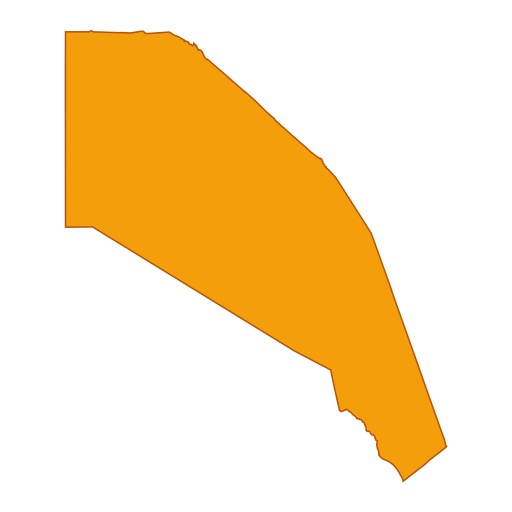 outline of North Horr, Eastern, Kenya
{"feature_id": "3690345B4448118045148", "entity_name": "North Horr", "entity_type": "district", "adm_level": 2, "iso_a3": "KEN", "parent_name": "Kenya", "parent_adm1": "Eastern", "projection": "equal_earth", "projection_center": [38.048, 3.18], "detail": "fine", "context": "isolated", "style": "filled", "palette": "amber", "viewbox_px": 512, "rotation_deg": 0, "n_neighbors": 0, "source": "geoboundaries", "source_scale": "gbopen_adm2", "svg_char_len": 5521}
<svg xmlns="http://www.w3.org/2000/svg" viewBox="0 0 512 512"><path d="M443.9,438.0L443.2,436.5L442.5,434.3L441.3,431.2L437.3,419.7L436.5,417.6L435.7,415.3L434.0,410.5L433.1,408.0L431.1,402.3L430.0,399.3L427.9,393.3L417.2,362.9L414.5,355.3L404.8,328.0L392.3,292.7L390.8,287.8L390.0,285.6L386.7,276.5L385.9,274.2L381.8,262.8L372.7,237.4L371.9,235.3L371.2,233.3L364.3,222.3L337.6,180.4L336.5,179.0L335.5,177.3L332.8,174.4L331.7,173.2L330.1,171.5L328.5,169.7L327.8,169.1L326.9,168.6L326.4,168.0L326.4,167.8L326.3,167.6L326.1,166.8L325.6,166.9L325.3,166.4L324.9,165.9L324.7,165.3L324.2,164.9L323.9,164.1L323.1,163.2L322.9,162.6L322.7,161.5L322.3,161.6L321.7,159.1L321.1,159.2L320.6,158.4L319.8,158.6L316.2,156.1L314.1,154.5L311.9,152.8L310.0,151.3L308.9,150.1L307.8,149.2L305.5,147.1L303.6,145.4L300.7,142.9L299.3,141.7L295.5,138.3L294.7,137.6L292.6,135.9L290.3,133.9L288.5,132.2L284.0,128.0L282.3,126.8L280.1,124.7L278.6,123.2L276.0,120.9L274.7,119.7L274.6,119.2L272.6,117.2L271.0,115.8L266.5,111.9L262.4,107.9L255.3,100.9L254.3,100.0L249.3,95.5L247.2,93.6L245.9,92.6L245.7,92.5L245.7,92.3L245.5,91.9L245.0,91.7L244.8,91.8L244.4,91.4L242.9,90.1L242.4,89.7L241.2,88.7L234.3,82.6L231.9,80.6L231.1,79.8L228.9,77.9L224.7,74.2L223.9,73.5L222.3,72.1L221.2,71.1L219.2,69.5L217.5,68.0L215.9,66.6L210.5,61.9L209.6,61.0L207.6,59.3L207.0,59.7L206.6,59.4L205.6,58.3L204.6,57.3L204.4,56.9L202.6,52.9L202.5,52.4L202.3,52.5L202.1,52.0L201.8,51.3L201.5,50.8L200.3,50.1L200.0,49.9L199.2,49.8L198.4,50.2L198.3,49.9L198.2,49.8L198.2,49.3L197.5,48.4L196.9,47.5L197.0,47.3L197.0,46.9L196.3,46.3L196.1,46.0L196.0,45.1L195.5,45.3L194.9,44.7L193.9,43.3L193.8,44.0L193.4,44.6L192.5,45.8L191.9,45.0L191.5,44.7L191.1,44.4L190.3,44.6L189.6,43.9L189.4,43.9L189.4,43.7L188.3,42.3L188.2,42.2L188.0,41.7L187.1,41.6L186.5,41.2L184.4,41.3L184.5,41.1L184.5,40.2L178.0,36.5L174.1,35.2L169.4,32.1L165.5,32.3L161.2,32.6L152.7,33.2L150.4,33.4L148.0,33.5L145.5,33.4L145.4,33.3L143.3,31.3L140.8,31.3L130.5,33.0L126.5,32.8L121.2,32.6L119.5,32.7L113.8,32.5L111.3,32.4L109.3,32.4L102.5,32.1L93.5,31.9L92.3,31.3L91.2,30.7L89.5,31.8L65.5,31.8L65.4,62.2L65.4,101.4L65.5,227.2L92.5,226.9L251.3,324.5L294.1,350.8L307.9,358.0L312.8,360.6L325.8,367.4L329.2,369.2L330.7,369.8L333.7,384.4L339.5,410.5L340.4,411.1L340.9,411.4L341.1,411.4L341.2,411.5L341.6,411.5L342.0,411.4L342.6,410.9L343.3,410.9L343.8,410.8L344.3,410.5L344.6,410.2L344.8,410.2L345.1,410.0L345.5,410.0L345.9,409.9L346.0,409.8L346.1,409.6L346.2,409.4L346.3,409.3L346.5,409.3L346.7,409.5L346.8,409.5L347.1,409.7L347.4,409.7L347.5,409.8L347.9,410.0L348.0,410.2L348.3,410.6L348.5,411.0L348.7,411.3L348.8,411.4L349.0,411.5L349.4,411.5L349.6,411.6L349.9,411.8L350.8,412.2L351.0,412.5L352.0,413.6L352.4,414.2L352.5,414.3L352.6,414.5L353.4,415.1L353.9,415.4L354.3,415.7L354.4,415.8L354.8,416.0L355.0,416.1L355.3,416.3L355.5,416.6L355.8,417.1L356.1,417.3L356.4,417.4L356.5,417.5L356.7,417.9L356.7,418.1L356.8,418.5L357.0,418.7L357.3,418.7L357.6,418.7L358.0,418.8L358.3,418.9L358.9,419.1L359.0,419.0L359.2,418.9L359.4,419.3L359.5,419.4L359.8,419.2L360.0,419.2L360.1,419.3L360.4,419.5L360.9,419.6L361.1,419.9L361.2,420.0L361.3,420.1L361.5,420.2L361.6,420.4L361.9,420.7L362.0,420.8L362.2,421.1L362.3,421.3L362.4,421.8L362.5,421.9L362.9,422.0L363.2,422.3L363.4,422.4L363.5,422.3L363.9,422.6L364.2,422.9L364.4,423.1L364.5,423.3L364.7,424.2L364.7,424.5L364.9,424.7L364.9,424.9L365.0,425.1L365.0,425.6L365.1,425.8L365.4,425.9L365.6,426.0L365.8,426.2L365.9,426.4L365.9,426.6L366.1,427.1L366.1,427.3L366.1,427.9L366.1,428.1L366.1,429.0L366.1,430.0L366.1,430.3L366.2,430.5L366.3,430.7L366.4,430.8L366.5,430.9L366.9,430.9L367.1,431.1L367.3,431.1L367.5,431.1L367.8,431.3L368.0,431.5L368.3,431.4L368.5,431.3L368.6,431.2L368.9,431.2L369.0,431.3L369.3,431.5L369.6,431.7L369.9,431.8L370.0,432.1L370.2,432.7L370.3,433.0L370.5,433.3L370.7,433.6L370.8,433.7L371.0,433.8L371.2,434.0L371.5,434.6L371.8,434.8L372.1,435.0L372.6,435.0L373.1,434.9L373.3,434.9L373.5,435.0L374.0,435.3L374.2,435.5L374.3,435.5L374.6,435.8L374.6,436.0L374.7,436.7L374.8,437.1L374.9,437.4L375.1,437.6L375.2,438.0L375.2,438.3L375.3,438.4L375.5,438.7L375.6,438.9L375.6,439.0L375.5,439.4L375.5,439.6L375.8,440.0L376.0,440.2L376.2,440.3L377.0,440.7L377.1,440.8L377.3,440.9L377.3,441.1L377.4,441.4L377.3,441.5L377.1,442.1L377.0,442.8L376.9,443.7L376.8,444.1L376.8,444.5L376.7,444.7L376.7,445.0L376.9,445.4L377.0,445.7L377.0,446.0L377.0,446.5L377.2,447.3L377.2,447.5L377.3,448.1L377.6,448.3L377.6,448.6L377.7,448.9L377.7,449.1L378.0,449.7L378.1,449.8L378.2,450.2L378.3,450.4L378.3,450.5L378.5,450.9L378.5,451.1L378.5,451.3L378.5,451.5L378.7,452.2L378.7,452.3L378.6,452.7L378.7,452.9L378.8,453.2L378.8,453.4L378.8,453.6L378.7,454.1L378.8,454.4L378.8,454.8L378.9,455.0L379.4,455.5L379.5,455.6L379.7,455.9L380.2,456.5L380.4,456.8L380.6,457.1L380.8,457.3L380.9,457.5L381.2,457.7L381.6,457.9L381.8,458.0L382.0,458.1L382.3,458.3L382.6,458.5L383.0,458.9L383.2,459.1L383.7,459.3L385.7,460.1L386.8,460.6L388.9,461.6L390.9,463.0L391.8,463.7L392.5,464.1L393.7,465.4L394.8,466.5L395.9,467.8L396.7,468.7L397.4,469.8L397.9,470.7L398.5,471.6L399.2,472.5L399.7,473.6L400.2,474.7L400.7,475.5L401.6,476.9L402.2,478.2L402.9,480.0L403.1,481.3L410.2,475.7L411.2,475.0L414.8,472.2L423.3,465.6L424.0,465.1L424.9,464.4L426.4,463.0L430.1,459.6L437.7,453.7L445.4,447.7L446.6,446.6L446.3,446.1L445.8,445.5L445.8,445.4L445.4,443.9L445.3,443.7L445.3,443.3L445.2,442.8L445.0,441.9L444.9,441.6L444.7,440.8L444.4,439.6L444.2,438.9L443.9,438.0Z" fill="#f59e0b" stroke="#b45309" stroke-width="1.5"/></svg>